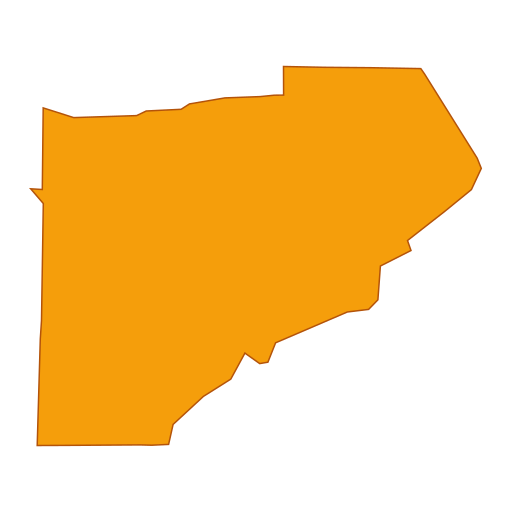 Douglas, Georgia, United States of America (orthographic projection)
{"feature_id": "52423323B77615738086539", "entity_name": "Douglas", "entity_type": "district", "adm_level": 2, "iso_a3": "USA", "parent_name": "United States of America", "parent_adm1": "Georgia", "projection": "orthographic", "projection_center": [-84.755, 33.69], "detail": "fine", "context": "isolated", "style": "filled", "palette": "amber", "viewbox_px": 512, "rotation_deg": 0, "n_neighbors": 0, "source": "geoboundaries", "source_scale": "gbopen_adm2", "svg_char_len": 630}
<svg xmlns="http://www.w3.org/2000/svg" viewBox="0 0 512 512"><path d="M168.6,444.4L173.1,424.4L203.4,396.4L230.8,379.1L244.9,353.1L259.7,363.6L267.9,362.2L275.6,342.8L347.3,312.0L368.6,309.4L377.9,299.8L380.4,266.0L411.0,250.5L407.5,240.5L444.7,211.4L471.4,189.6L481.3,168.4L477.2,158.2L424.5,73.9L420.8,68.6L370.6,67.7L324.3,67.3L283.5,66.5L283.6,95.1L274.3,95.2L260.1,96.6L224.9,97.9L189.5,103.9L181.1,109.3L146.2,111.0L136.6,115.6L73.7,117.6L43.2,107.9L42.3,189.5L30.7,188.8L43.3,203.5L41.5,320.7L40.3,338.9L37.2,445.5L62.9,445.4L140.0,444.9L151.7,445.2L168.6,444.4Z" fill="#f59e0b" stroke="#b45309" stroke-width="1.5"/></svg>